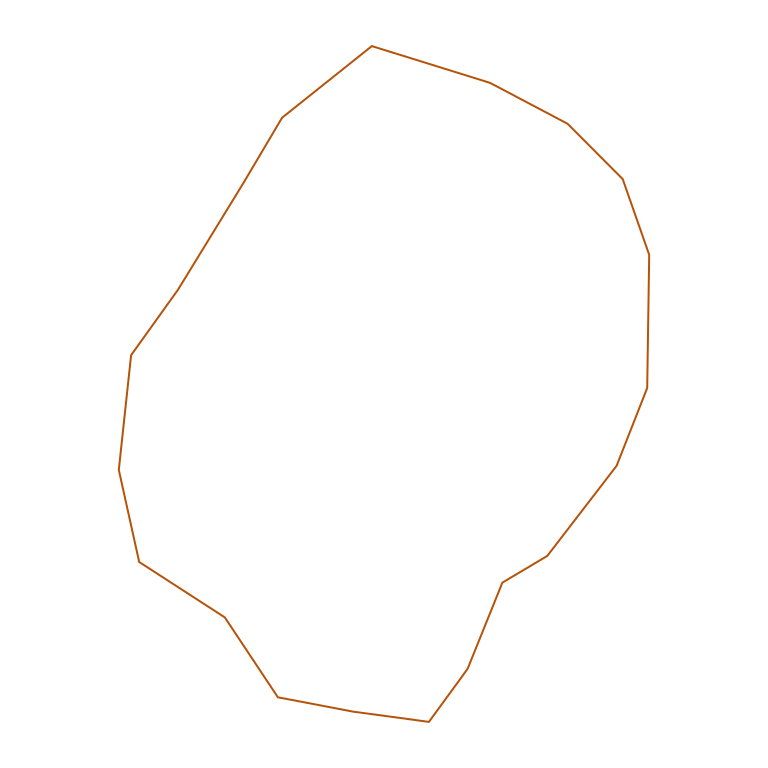 outline of Ganja City, Gəncə, Azerbaijan
{"feature_id": "54616110B84154267491992", "entity_name": "Ganja City", "entity_type": "district", "adm_level": 2, "iso_a3": "AZE", "parent_name": "Azerbaijan", "parent_adm1": "Gəncə", "projection": "albers", "projection_center": [46.358, 40.691], "detail": "fine", "context": "isolated", "style": "outline", "palette": "amber", "viewbox_px": 768, "rotation_deg": 0, "n_neighbors": 0, "source": "geoboundaries", "source_scale": "gbopen_adm2", "svg_char_len": 446}
<svg xmlns="http://www.w3.org/2000/svg" viewBox="0 0 768 768"><path d="M644.7,394.4L647.2,388.0L649.2,254.8L622.7,179.1L567.6,123.8L501.3,88.8L490.1,82.9L437.8,66.6L371.8,46.1L363.3,52.9L282.1,117.7L243.3,183.2L178.0,289.7L131.1,355.2L118.8,469.9L139.2,562.0L224.8,617.4L277.9,697.3L353.4,711.7L378.1,715.0L428.9,721.9L459.8,679.6L467.7,668.6L502.4,582.6L547.3,555.9L616.6,465.8L644.7,394.4Z" fill="none" stroke="#b45309" stroke-width="2"/></svg>